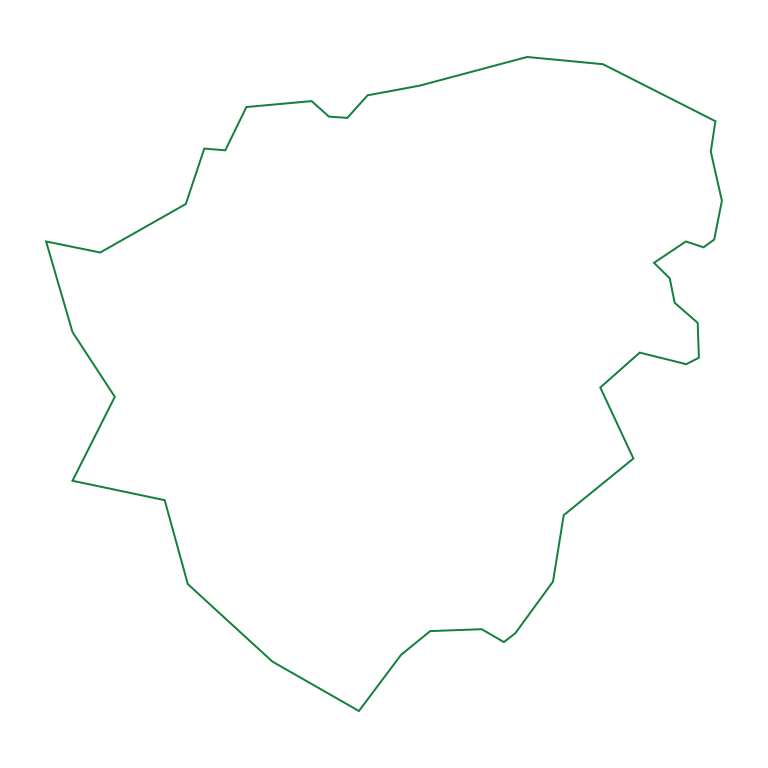 an SVG outline of Doncaster
{"feature_id": "GBR-5689", "entity_name": "Doncaster", "entity_type": "Metropolitan Borough", "adm_level": 1, "iso_a3": "GBR", "parent_name": "United Kingdom", "parent_adm1": "", "projection": "mercator", "projection_center": [-1.051, 53.519], "detail": "fine", "context": "isolated", "style": "outline", "palette": "green", "viewbox_px": 768, "rotation_deg": 0, "n_neighbors": 0, "source": "natural_earth", "source_scale": "10m", "svg_char_len": 648}
<svg xmlns="http://www.w3.org/2000/svg" viewBox="0 0 768 768"><path d="M347.3,117.9L367.6,95.3L419.8,85.6L526.9,57.0L602.9,64.2L715.4,121.2L710.8,151.6L714.4,167.8L721.9,200.7L714.2,239.6L703.5,247.3L685.8,241.5L654.0,262.8L669.7,278.3L674.7,302.8L697.7,322.9L698.9,357.7L686.2,364.2L639.7,352.6L600.3,387.5L633.4,458.5L563.7,515.2L553.0,581.6L515.4,633.1L503.9,642.1L481.7,629.2L430.2,631.1L401.0,654.9L358.9,711.0L272.4,661.6L187.8,584.1L164.7,500.2L72.5,480.8L114.8,396.8L72.5,332.1L46.1,241.5L100.2,252.5L185.8,204.0L204.3,148.6L225.3,150.3L246.4,107.0L311.6,101.1L328.9,116.6L347.3,117.9Z" fill="none" stroke="#15803d" stroke-width="2"/></svg>